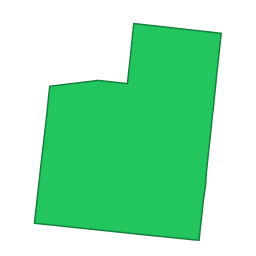 Elko, Nevada, United States of America, rotated 96°
{"feature_id": "52423323B42472456256574", "entity_name": "Elko", "entity_type": "district", "adm_level": 2, "iso_a3": "USA", "parent_name": "United States of America", "parent_adm1": "Nevada", "projection": "natural_earth1", "projection_center": [-115.202, 41.06], "detail": "fine", "context": "isolated", "style": "filled", "palette": "green", "viewbox_px": 256, "rotation_deg": 96, "n_neighbors": 0, "source": "geoboundaries", "source_scale": "gbopen_adm2", "svg_char_len": 1058}
<svg xmlns="http://www.w3.org/2000/svg" viewBox="0 0 256 256"><g transform="rotate(96 128 128)"><path d="M106.4,210.2L130.0,210.2L131.2,210.2L172.2,210.7L232.5,211.1L232.5,201.0L232.4,186.3L232.5,183.9L232.5,183.5L232.5,177.8L232.5,177.7L232.5,176.7L232.5,157.3L232.5,154.5L232.5,154.4L232.5,153.3L232.5,133.2L232.5,114.9L232.4,114.6L232.5,113.8L232.5,89.8L232.4,89.1L232.4,78.9L232.4,78.1L232.4,66.7L232.3,58.2L232.4,55.2L232.2,45.6L231.7,45.6L230.8,45.6L227.6,45.6L215.4,45.6L202.4,45.5L200.3,45.5L193.3,45.5L184.7,45.2L178.7,44.9L177.0,44.9L173.9,44.9L172.2,45.1L171.2,45.1L163.0,45.4L162.5,45.4L147.6,45.4L147.4,45.4L143.2,45.4L124.1,45.3L121.4,45.3L104.3,45.4L103.7,45.3L103.1,45.2L96.2,45.2L94.4,45.2L93.9,45.3L93.1,45.3L92.6,45.3L84.0,45.3L83.8,45.3L72.0,45.3L69.5,45.4L62.9,45.4L61.5,45.3L61.3,45.3L60.3,45.4L60.2,45.3L59.6,45.3L58.5,45.3L54.6,45.3L54.2,45.3L51.5,45.3L51.4,45.3L27.5,45.2L24.7,45.2L24.1,45.1L23.8,89.1L23.5,133.2L53.8,133.1L83.9,133.2L83.8,162.6L94.7,210.2L106.4,210.2Z" fill="#22c55e" stroke="#15803d" stroke-width="1.5"/></g></svg>